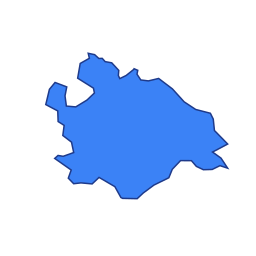 outline of Dangara, Ferghana, Uzbekistan, rotated 60°
{"feature_id": "79887680B26065504827015", "entity_name": "Dangara", "entity_type": "district", "adm_level": 2, "iso_a3": "UZB", "parent_name": "Uzbekistan", "parent_adm1": "Ferghana", "projection": "orthographic", "projection_center": [70.818, 40.63], "detail": "fine", "context": "isolated", "style": "filled", "palette": "blue", "viewbox_px": 256, "rotation_deg": 60, "n_neighbors": 0, "source": "geoboundaries", "source_scale": "gbopen_adm2", "svg_char_len": 966}
<svg xmlns="http://www.w3.org/2000/svg" viewBox="0 0 256 256"><g transform="rotate(60 128 128)"><path d="M149.1,202.9L152.0,196.2L158.5,187.0L156.3,177.8L172.2,168.7L184.6,168.9L186.2,167.9L193.8,155.4L191.9,147.2L190.4,134.1L191.5,117.5L185.9,110.3L182.5,98.8L188.0,89.4L195.4,88.0L201.8,83.6L206.0,75.8L206.6,67.2L212.6,61.8L200.6,62.5L191.1,66.8L191.7,49.7L173.4,54.4L162.9,49.7L156.4,49.3L145.8,60.1L133.4,66.3L116.3,70.0L101.8,76.1L100.4,76.7L97.4,86.8L92.8,92.9L85.9,93.3L82.9,90.7L79.7,93.1L80.1,93.6L81.6,103.4L81.1,110.4L77.7,110.1L73.5,107.2L63.4,109.5L59.1,114.6L54.8,115.5L53.2,118.5L47.8,120.2L43.4,125.1L48.3,126.6L48.2,137.1L59.7,146.7L76.2,138.0L80.9,139.6L83.3,149.7L83.6,162.7L78.2,170.4L68.7,166.5L61.8,160.5L52.1,168.4L55.2,176.7L66.6,187.5L78.1,180.3L87.5,185.3L93.8,182.0L101.9,188.2L112.0,184.0L122.1,187.3L120.1,198.3L116.8,202.3L117.7,206.7L136.0,198.2L141.6,204.8L149.1,202.9Z" fill="#3b82f6" stroke="#1e3a8a" stroke-width="1.5"/></g></svg>